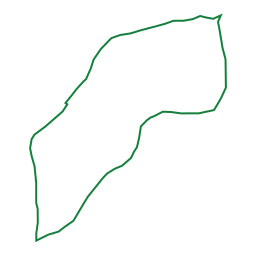 Egor, Edo, Nigeria (orthographic projection)
{"feature_id": "59680162B99535636657731", "entity_name": "Egor", "entity_type": "district", "adm_level": 2, "iso_a3": "NGA", "parent_name": "Nigeria", "parent_adm1": "Edo", "projection": "orthographic", "projection_center": [5.585, 6.346], "detail": "fine", "context": "isolated", "style": "outline", "palette": "green", "viewbox_px": 256, "rotation_deg": 0, "n_neighbors": 0, "source": "geoboundaries", "source_scale": "gbopen_adm2", "svg_char_len": 1028}
<svg xmlns="http://www.w3.org/2000/svg" viewBox="0 0 256 256"><path d="M220.8,15.4L213.2,18.8L206.1,17.5L200.2,16.0L192.8,19.1L183.9,20.7L173.5,20.8L164.7,23.9L152.8,27.1L141.0,30.2L130.6,33.4L120.2,35.0L111.4,38.1L101.0,48.8L93.6,59.6L90.7,68.7L86.0,79.2L83.4,81.5L76.1,89.6L71.5,95.6L65.5,103.0L67.3,104.3L62.6,111.5L53.8,119.2L44.9,126.9L44.3,127.3L34.5,134.6L31.6,139.2L30.1,148.3L31.6,155.9L34.6,166.5L36.2,183.2L36.2,193.8L36.2,202.9L37.7,209.0L37.8,222.7L36.3,233.3L36.3,240.6L48.2,234.7L58.6,231.6L64.5,227.0L73.4,220.8L85.2,201.0L88.1,196.4L102.9,178.0L104.1,176.7L107.3,173.4L114.7,168.8L122.1,165.7L131.0,158.0L133.9,151.9L136.9,147.3L138.0,142.8L138.5,140.5L139.1,138.0L140.9,126.4L146.8,120.3L150.6,117.5L153.9,116.3L162.8,111.7L170.9,112.0L181.2,113.4L183.1,113.4L183.8,113.4L189.5,113.3L190.1,113.3L194.9,113.3L199.0,113.3L206.4,111.7L213.9,110.1L216.8,105.5L221.2,97.8L225.9,87.6L225.6,62.9L225.5,59.2L222.5,47.7L221.0,38.6L219.5,29.5L218.0,21.9L220.8,15.4Z" fill="none" stroke="#15803d" stroke-width="2"/></svg>